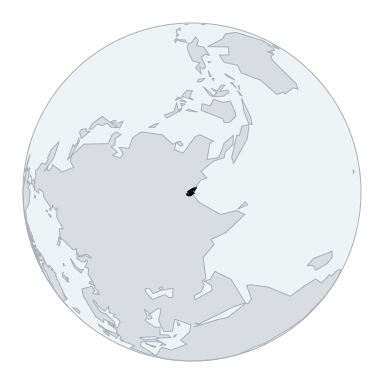 globe centered on Chittagong, rotated 248°
{"feature_id": "BGD-2476", "entity_name": "Chittagong", "entity_type": "Division", "adm_level": 1, "iso_a3": "BGD", "parent_name": "Bangladesh", "parent_adm1": "", "projection": "orthographic", "projection_center": [91.588, 22.498], "detail": "fine", "context": "on_globe", "style": "filled", "palette": "ink", "viewbox_px": 384, "rotation_deg": 248, "n_neighbors": 0, "source": "natural_earth", "source_scale": "10m", "svg_char_len": 13051}
<svg xmlns="http://www.w3.org/2000/svg" viewBox="0 0 384 384"><g transform="rotate(248 192 192)"><circle cx="192" cy="192" r="169" fill="#eef3f6" stroke="#a8b0b8"/><path d="M256.8,35.9L262.2,39.3L269.4,43.1L263.8,40.6L280.8,50.2L287.6,56.2L276.8,48.0L273.2,46.1L276.3,49.1L273.3,48.0L273.0,48.9L269.2,47.4L263.2,43.3L260.6,42.4L262.9,44.7L260.5,45.0L257.5,41.7L253.0,42.1L242.1,36.4L237.3,30.8L228.1,28.3L214.7,24.6L212.8,24.5L206.5,23.7L201.9,23.4L200.8,23.3L215.1,24.6L229.3,27.2L243.2,31.0L256.8,35.9ZM200.7,23.3L198.1,23.2L200.1,23.4L199.6,23.6L197.0,23.6L195.1,23.3L196.1,23.2L194.2,23.2L194.3,23.1L192.8,23.1L191.1,23.0L200.7,23.3ZM190.6,23.0L189.1,23.2L184.3,23.3L184.0,23.2L190.6,23.0ZM275.2,46.4L273.2,44.9L276.2,46.8L275.2,46.4ZM273.7,49.3L275.2,50.3L274.4,50.4L273.7,49.3ZM267.8,48.4L266.1,48.6L266.8,47.6L267.8,48.4ZM264.5,48.3L260.4,49.4L263.4,51.3L252.6,46.9L259.6,47.2L260.0,45.5L261.9,47.3L264.5,48.3ZM201.8,23.5L199.6,23.3L203.7,23.6L201.8,23.5ZM204.6,23.7L218.0,25.3L220.0,26.0L215.1,25.1L219.5,26.4L213.9,25.9L210.2,25.1L210.0,24.7L207.9,24.9L204.6,23.7ZM247.3,44.6L245.4,44.4L246.3,43.9L247.3,44.6ZM199.7,23.7L202.2,23.8L204.1,24.3L199.4,24.3L200.3,24.1L199.7,23.7ZM223.5,27.1L224.0,27.7L219.6,27.4L219.2,27.7L213.9,26.0L223.5,27.1ZM198.6,24.0L196.9,24.3L193.7,24.1L197.3,23.7L198.6,24.0ZM206.6,24.6L207.3,24.9L205.4,24.7L206.6,24.6ZM181.5,24.2L184.5,24.0L185.7,24.2L181.5,24.2ZM196.5,24.4L197.6,24.5L198.4,24.6L196.7,24.8L196.5,24.4ZM211.1,26.0L209.2,25.9L213.1,26.7L209.9,26.8L206.9,25.7L206.9,26.2L205.9,26.3L204.6,25.4L211.1,26.0ZM197.4,25.6L192.6,24.7L186.7,24.9L185.4,24.6L195.1,24.5L197.4,25.6ZM201.8,25.5L198.8,25.5L198.7,25.0L200.7,24.8L201.8,25.5ZM208.9,27.3L214.5,27.4L214.9,27.7L208.9,27.3ZM195.8,25.7L197.0,25.9L195.3,25.7L195.8,25.7ZM204.8,26.8L206.8,26.7L207.2,27.0L204.8,26.8ZM197.8,26.6L196.2,26.2L197.5,26.0L197.8,26.6ZM201.0,26.7L201.2,27.1L198.9,26.1L201.8,26.6L201.0,26.7ZM205.0,27.1L205.9,27.2L204.1,27.1L205.0,27.1ZM193.8,27.9L190.6,26.6L193.4,26.0L196.2,27.3L193.8,27.9ZM48.3,103.2L56.1,93.9L54.2,98.6L59.0,104.4L58.7,106.8L53.2,113.4L52.8,130.1L58.6,125.9L63.2,137.4L69.4,141.2L80.4,128.3L70.2,121.6L73.4,113.5L85.5,112.9L95.1,119.6L96.6,116.7L94.7,107.3L101.1,104.1L94.5,103.8L94.0,107.4L89.9,107.6L90.0,104.3L92.3,103.1L90.6,100.3L80.3,107.3L78.7,111.8L71.7,108.8L68.4,116.2L65.0,117.9L69.2,106.2L72.0,103.0L76.5,89.2L72.9,92.2L68.5,105.7L68.0,103.7L63.1,108.7L66.4,103.4L72.2,88.7L68.6,86.6L56.8,95.4L56.2,94.0L59.1,88.9L70.7,76.5L70.7,81.1L74.8,77.5L81.1,70.2L80.5,72.4L83.1,70.2L83.7,72.0L90.7,69.3L92.2,70.8L100.9,65.2L102.9,65.4L97.2,68.5L94.0,71.9L98.6,76.7L101.2,76.3L106.5,72.4L107.1,74.5L111.6,70.2L117.1,71.7L114.2,66.5L120.4,62.6L126.9,61.4L128.4,59.4L117.7,61.5L113.9,63.3L111.5,66.2L100.7,71.3L97.8,70.8L107.2,62.5L104.2,61.2L112.7,56.0L136.4,52.2L143.3,53.6L142.0,63.6L137.0,65.1L134.9,62.1L131.3,68.4L134.2,66.2L134.7,68.2L140.7,65.6L141.4,67.0L146.0,62.5L147.5,63.9L144.5,66.7L154.6,64.8L159.2,67.4L161.2,66.3L162.0,64.5L167.3,69.4L168.5,68.4L167.3,66.4L168.9,63.4L173.8,60.2L175.4,62.0L173.8,63.4L172.9,69.5L168.4,73.4L169.6,73.9L173.8,71.0L175.0,63.5L177.5,61.1L177.7,64.4L177.8,63.0L179.5,62.4L182.7,63.7L182.9,60.1L200.0,52.9L207.8,55.2L206.1,58.6L219.7,57.2L227.5,61.0L226.3,59.0L232.0,57.6L229.7,56.4L229.5,55.4L243.1,52.7L247.5,53.9L252.0,51.5L251.4,50.6L248.4,49.5L252.6,46.9L263.4,51.3L264.3,53.0L270.5,55.0L271.5,58.8L275.2,63.3L272.6,67.0L275.8,70.7L277.9,71.1L283.7,76.8L288.5,87.7L275.5,76.8L266.4,62.2L269.3,67.7L265.9,66.1L265.3,67.9L267.6,72.1L269.5,72.8L259.2,79.2L259.2,91.6L265.8,90.6L271.0,94.1L276.8,109.8L268.2,132.4L275.1,139.4L276.2,144.3L271.8,147.6L270.0,140.5L264.6,138.3L264.3,134.1L256.7,137.8L255.9,132.0L250.3,138.2L253.6,142.7L260.6,141.2L256.1,149.7L264.6,157.5L266.7,167.5L256.1,185.9L243.7,191.9L243.2,195.1L237.7,191.7L231.3,198.2L242.1,215.6L242.1,220.8L231.2,230.8L230.8,227.0L216.3,218.0L214.2,230.2L225.2,240.1L229.0,251.5L220.7,248.1L216.8,238.0L211.7,234.4L212.7,223.9L207.7,208.1L199.4,210.9L199.7,204.6L191.5,191.2L179.4,194.8L160.3,210.2L158.2,226.2L151.4,232.5L141.7,208.1L140.9,192.1L135.1,192.7L127.0,177.8L106.5,172.4L105.6,167.9L101.3,168.7L95.9,162.8L95.2,155.5L91.0,154.6L93.2,173.8L98.0,175.0L104.7,169.9L104.2,176.3L109.7,183.6L96.4,195.5L69.3,200.0L70.0,187.6L67.0,149.7L69.0,146.5L69.1,146.1L69.3,145.3L65.5,150.2L66.2,143.0L64.1,168.1L62.3,178.1L68.8,200.5L67.4,201.9L70.5,207.1L84.7,207.6L84.1,211.5L75.3,227.0L58.6,244.1L62.8,261.0L65.0,274.0L59.0,278.1L64.0,288.7L61.5,289.7L64.3,295.2L64.9,299.1L64.1,301.1L58.1,295.1L54.2,289.7L45.8,276.6L32.6,247.6L30.4,237.8L28.4,228.2L24.4,203.1L25.0,192.8L24.8,186.8L24.0,185.2L24.2,178.0L24.1,176.2L24.0,174.0L25.8,161.5L28.5,149.2L32.2,137.2L36.7,125.5L42.1,114.1L48.3,103.2ZM46.4,106.6L44.7,109.3L46.4,106.6ZM101.7,134.6L109.8,138.4L112.2,128.0L115.5,128.8L115.1,125.2L112.3,127.3L112.3,117.8L117.9,116.7L120.0,112.7L117.4,111.3L107.1,115.0L107.1,128.3L102.7,131.2L101.7,134.6ZM96.6,58.0L94.8,60.1L91.6,61.9L89.7,61.3L94.3,58.4L96.6,58.0ZM93.0,62.7L102.8,55.5L104.3,56.0L101.8,56.8L101.9,57.9L97.8,59.7L89.7,67.8L86.3,70.1L84.6,66.8L87.1,66.4L88.7,64.3L93.0,62.7ZM125.0,40.1L129.2,38.2L127.2,41.7L123.4,43.2L121.3,42.3L124.4,40.0L125.0,40.1ZM177.2,23.7L179.0,23.5L179.5,23.5L178.5,23.6L177.2,23.7ZM167.3,24.9L168.3,24.7L168.0,24.8L174.3,24.0L175.6,23.9L182.6,23.5L192.3,23.3L193.6,23.6L192.0,24.0L189.9,24.1L189.7,23.7L187.0,24.1L185.1,23.8L182.8,24.1L170.1,24.7L171.4,24.4L162.3,25.7L167.3,24.9ZM142.2,30.5L147.1,29.1L155.0,27.4L156.7,27.8L159.3,26.9L160.9,27.0L158.2,27.6L163.4,26.7L163.9,27.0L171.0,26.8L178.1,25.9L180.9,26.0L178.4,26.5L182.9,26.4L180.0,27.6L181.9,27.8L181.0,29.5L175.0,30.8L177.6,31.0L177.0,32.6L172.2,34.0L172.9,32.5L167.2,35.4L165.2,34.1L164.7,34.5L161.3,34.3L156.3,34.9L156.1,34.2L154.2,34.8L151.9,34.8L149.3,35.5L148.1,34.6L144.7,35.4L146.1,34.5L140.6,36.2L144.1,34.6L141.5,34.9L139.5,36.3L139.4,32.2L136.6,32.5L132.4,33.9L134.9,33.0L142.2,30.5ZM193.3,28.4L186.7,29.6L182.3,29.8L185.8,26.9L184.4,26.5L186.5,25.1L192.7,25.1L191.6,25.4L191.9,25.8L189.8,25.7L191.7,26.1L190.2,26.7L191.3,27.2L188.8,27.4L193.3,28.4ZM61.5,105.3L61.9,106.5L63.2,107.6L60.1,111.0L61.5,105.3ZM65.2,95.3L66.0,95.6L62.3,100.4L61.9,99.4L65.2,95.3ZM69.6,91.9L66.3,95.3L67.9,92.8L69.6,91.9ZM98.2,68.8L99.5,69.2L98.4,70.2L96.2,71.2L98.2,68.8ZM154.9,44.0L155.9,42.6L157.0,42.6L162.0,40.2L163.9,41.2L161.6,43.0L154.9,44.0ZM76.9,129.6L73.2,131.2L73.1,129.2L74.4,129.0L76.9,129.6ZM64.9,120.7L66.1,124.5L64.0,121.5L64.9,120.7ZM157.7,44.6L159.5,43.5L159.3,44.7L157.7,44.6ZM165.5,41.9L165.7,43.1L164.7,41.1L165.5,41.9ZM149.0,348.6L152.3,350.0L149.6,349.7L149.0,348.6ZM84.8,280.0L84.6,299.6L79.0,297.5L75.0,290.5L73.1,277.8L78.7,276.4L80.6,271.3L84.8,280.0ZM268.6,274.5L273.2,274.6L272.9,275.3L268.6,274.5ZM263.9,272.7L269.2,272.3L262.9,274.3L263.9,272.7ZM271.3,272.1L276.6,270.1L278.9,268.7L278.5,270.2L271.3,272.1ZM260.3,273.1L240.1,274.5L232.0,273.0L234.0,270.3L247.1,270.3L260.3,273.1ZM233.3,270.3L220.8,263.3L202.9,241.3L209.3,241.8L227.9,254.9L226.7,257.2L234.3,262.8L233.3,270.3ZM263.3,254.6L262.1,261.6L251.0,261.9L245.9,261.2L242.4,252.6L244.4,248.0L248.6,247.8L264.3,231.1L269.9,234.3L265.2,241.3L269.8,246.9L263.3,254.6ZM159.0,227.8L163.0,237.7L159.2,238.8L159.0,227.8ZM270.2,219.5L264.2,227.0L269.6,217.2L270.2,219.5ZM273.2,210.4L273.8,213.9L271.0,210.8L273.2,210.4ZM243.5,200.0L239.0,201.1L238.7,198.5L244.2,195.8L243.5,200.0ZM268.2,176.0L268.9,183.4L268.3,186.0L265.9,181.7L268.2,176.0ZM176.0,54.5L167.0,56.4L161.8,59.0L160.8,62.3L158.4,58.8L166.5,54.6L176.0,54.5ZM196.8,52.8L197.7,50.3L199.9,51.2L200.0,51.9L196.8,52.8ZM195.5,51.4L191.8,49.0L194.0,47.5L196.5,49.7L195.5,51.4ZM174.4,45.9L171.6,46.3L171.9,45.2L174.4,45.9ZM291.6,326.8L294.5,323.2L298.8,321.0L294.5,325.0L291.6,326.8ZM284.1,315.9L253.6,329.1L247.6,328.8L250.6,325.1L248.2,314.6L250.3,314.7L250.9,307.0L269.8,297.7L283.8,282.3L292.6,281.5L300.3,270.2L308.7,268.9L305.2,277.4L312.8,280.2L320.9,260.9L322.6,278.0L326.1,282.2L323.6,292.3L306.3,313.8L299.1,319.3L299.1,318.3L295.8,320.8L292.5,321.5L293.3,316.8L290.0,319.3L294.4,314.3L289.0,319.2L288.5,316.2L284.1,315.9ZM343.3,264.0L343.7,263.8L343.5,265.8L342.8,266.3L343.3,264.0ZM349.4,250.2L349.4,251.0L349.1,251.7L349.4,250.2ZM349.3,250.1L350.1,247.8L349.6,249.7L349.3,250.1ZM348.1,242.9L348.6,241.6L348.7,242.2L348.1,242.9ZM279.8,273.8L286.3,267.7L289.7,266.7L279.8,273.8ZM347.7,241.3L346.5,242.0L346.7,240.9L347.7,241.3ZM348.0,238.9L348.1,237.5L348.4,240.4L348.0,238.9ZM346.0,237.2L347.3,238.8L345.8,237.6L346.0,237.2ZM345.0,238.1L343.9,237.6L344.1,237.1L345.0,238.1ZM330.1,246.7L334.5,253.3L330.4,254.7L326.0,251.2L321.6,257.4L312.3,259.2L314.7,255.6L313.7,251.1L303.4,251.6L301.4,248.9L305.2,246.0L298.2,244.8L305.9,241.9L308.9,247.7L313.2,241.7L320.2,241.1L326.6,241.3L331.4,244.4L330.1,246.7ZM305.5,256.1L306.8,255.8L305.6,258.0L305.5,256.1ZM341.8,235.3L343.4,237.5L343.2,238.4L342.3,238.3L341.8,235.3ZM332.6,242.9L337.9,235.6L339.0,235.2L335.4,242.6L332.6,242.9ZM336.8,232.7L339.0,232.5L340.1,234.9L339.6,236.0L336.8,232.7ZM289.8,253.1L289.4,255.0L287.3,253.9L289.8,253.1ZM292.5,251.6L298.7,252.5L291.9,253.2L292.5,251.6ZM272.9,248.1L274.8,252.2L280.9,248.6L276.2,253.2L280.2,259.6L278.7,262.5L274.8,255.4L273.1,263.4L270.4,263.6L269.1,257.1L271.9,248.5L274.7,244.8L285.6,241.9L272.9,248.1ZM292.5,246.4L290.8,241.7L292.1,238.1L293.9,240.5L292.5,246.4ZM285.6,230.3L280.8,225.0L276.7,227.8L284.7,218.5L288.0,225.0L285.6,230.3ZM281.1,217.9L277.3,220.4L281.0,215.1L281.1,217.9ZM276.1,218.5L275.4,214.5L278.6,214.6L276.1,218.5ZM283.1,217.8L283.4,210.7L285.2,214.6L283.1,217.8ZM273.3,205.4L280.6,211.3L271.6,209.5L270.0,196.0L273.7,195.3L273.3,205.4ZM286.1,148.4L284.5,144.8L287.5,143.5L287.7,146.3L286.1,148.4ZM295.7,137.1L287.7,142.0L281.0,146.4L283.7,147.9L283.3,154.5L278.6,149.0L282.4,141.2L287.7,139.1L287.3,133.7L290.4,129.5L287.8,123.2L288.8,120.1L292.8,125.4L295.7,137.1ZM286.5,120.6L283.1,109.4L289.4,110.1L291.5,112.7L290.4,117.4L287.2,116.7L286.5,120.6ZM284.2,107.1L281.0,106.5L269.5,91.6L268.6,88.8L280.6,99.7L278.3,99.8L280.1,103.6L284.2,107.1ZM246.7,45.4L245.5,44.5L247.5,45.1L246.7,45.4ZM228.1,54.7L228.2,53.5L230.5,54.0L228.1,54.7ZM229.8,50.5L227.2,50.7L229.3,49.7L229.8,50.5ZM221.5,51.5L225.9,50.4L222.6,52.6L221.5,51.5Z" fill="#d9dde1" stroke="#a8b0b8" stroke-width="1"/><path d="M194.8,195.2L194.9,195.5L194.7,195.7L194.6,195.3L194.4,195.3L194.2,195.3L194.1,195.1L193.9,195.2L193.7,195.2L193.7,195.4L193.6,195.5L193.6,195.9L193.7,196.0L193.8,196.1L193.8,196.5L194.0,196.8L194.1,197.1L193.9,197.0L193.7,196.6L193.7,196.4L193.4,196.1L193.3,195.9L193.3,195.7L193.1,195.3L193.0,195.2L193.1,194.9L193.2,195.0L193.1,194.9L193.2,194.6L193.2,194.4L193.2,194.5L193.1,194.3L193.0,194.2L192.9,194.1L192.9,193.9L193.0,193.8L192.9,193.8L192.8,193.6L192.8,193.4L192.7,193.1L192.8,193.1L192.7,193.0L192.6,192.9L192.7,192.7L192.8,192.5L192.8,192.4L192.9,192.2L192.8,192.4L192.7,192.5L192.6,192.8L192.5,192.7L192.5,192.4L192.4,192.3L192.2,191.9L191.9,191.4L191.7,191.2L191.7,190.9L191.7,191.0L191.4,191.2L191.4,191.3L191.2,191.3L191.3,191.3L191.2,191.4L190.9,191.3L191.1,191.5L191.1,191.8L190.7,191.9L190.6,191.7L190.5,191.4L190.4,191.5L190.5,191.5L190.4,191.8L190.2,191.7L190.1,191.4L189.9,191.3L189.8,191.2L189.7,191.0L189.7,190.9L189.6,190.7L189.4,190.4L189.4,190.1L189.4,189.9L189.5,189.8L189.5,189.7L189.4,189.6L189.3,189.4L189.3,189.2L189.6,189.1L189.6,188.9L189.7,188.7L189.8,188.7L189.7,188.6L189.7,188.4L189.8,188.1L189.8,187.9L190.0,187.9L190.1,188.0L190.2,187.9L190.3,187.8L190.3,187.7L190.4,187.4L190.5,187.4L190.5,187.2L190.4,187.1L190.5,187.0L190.6,186.9L190.6,187.0L190.7,186.9L190.8,186.8L191.1,186.9L191.3,186.8L191.2,187.0L191.3,187.0L191.2,187.1L191.2,187.4L191.3,187.5L191.2,187.6L191.0,187.8L191.0,188.0L190.9,188.3L190.8,188.5L190.9,188.9L190.9,189.1L191.0,189.1L191.1,189.4L191.2,189.5L191.2,190.1L191.3,190.2L191.3,190.3L191.4,190.2L191.4,189.9L191.4,189.7L191.5,189.7L191.5,189.8L191.7,190.0L191.8,190.4L191.8,190.5L192.0,190.6L192.3,190.6L192.4,190.4L192.5,190.4L192.5,190.1L192.5,189.9L192.4,189.8L192.4,189.7L192.5,189.6L192.6,189.3L192.8,189.2L193.0,189.1L193.0,188.9L192.9,188.6L192.9,188.4L193.1,188.6L193.3,188.6L193.4,188.4L193.5,188.4L193.6,188.6L193.7,188.4L193.8,188.4L193.8,188.5L193.9,189.1L194.0,189.3L194.1,189.5L194.0,189.8L194.0,190.0L194.1,190.4L194.1,190.6L194.1,190.8L194.3,190.9L194.3,191.2L194.4,191.3L194.5,191.4L194.5,191.6L194.5,191.8L194.7,193.0L194.7,193.3L194.8,193.8L194.7,194.2L194.8,195.0L194.8,195.2ZM190.8,192.4L190.8,192.5L190.9,192.8L190.8,193.0L190.7,193.1L190.4,193.2L190.5,193.0L190.6,192.9L190.6,192.3L190.8,192.4ZM193.0,194.1L193.0,194.3L193.1,194.5L193.0,194.9L192.8,194.9L192.9,195.0L192.7,194.9L192.8,194.8L192.8,194.7L192.7,194.4L192.8,194.2L192.9,194.3L192.9,194.2L193.0,194.1ZM191.7,191.7L191.9,192.1L191.9,192.3L191.7,192.2L191.6,191.9L191.7,191.7ZM192.8,193.9L192.8,194.0L192.7,194.2L192.7,194.3L192.6,194.2L192.7,193.8L192.7,193.7L192.8,193.7L192.8,193.9ZM190.7,192.0L190.9,191.9L191.0,192.0L190.9,192.1L190.7,192.1L190.7,192.0Z" fill="#0f172a" stroke="#020617" stroke-width="1.5"/></g></svg>